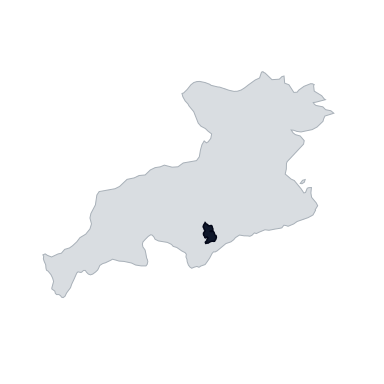 Janggang, Chagang-do, North Korea (highlighted), rotated 197°
{"feature_id": "82179303B52063530776064", "entity_name": "Janggang", "entity_type": "district", "adm_level": 2, "iso_a3": "PRK", "parent_name": "North Korea", "parent_adm1": "Chagang-do", "projection": "albers", "projection_center": [126.732, 41.061], "detail": "fine", "context": "in_parent", "style": "filled", "palette": "ink", "viewbox_px": 384, "rotation_deg": 197, "n_neighbors": 0, "source": "geoboundaries", "source_scale": "gbopen_adm2", "svg_char_len": 4367}
<svg xmlns="http://www.w3.org/2000/svg" viewBox="0 0 384 384"><g transform="rotate(197 192 192)"><path d="M230.4,283.3L229.0,284.2L226.6,288.6L224.4,294.2L222.3,297.2L219.7,299.0L217.0,300.0L211.5,300.5L206.6,300.2L204.9,299.6L198.1,300.0L196.2,300.4L186.4,300.1L181.3,300.5L178.1,301.6L174.8,303.9L171.9,307.3L169.4,310.9L164.3,317.6L160.7,320.8L160.6,325.5L160.6,326.9L159.3,327.9L158.9,327.4L156.8,327.1L148.4,322.8L141.5,325.4L139.7,328.7L137.9,329.8L135.2,323.2L130.7,322.9L123.7,317.0L120.6,318.2L119.8,320.5L115.8,325.8L110.3,330.2L108.5,330.7L106.5,330.4L106.8,329.2L104.6,324.2L96.1,322.0L93.0,319.8L91.4,319.3L100.0,314.0L102.2,313.0L100.6,311.7L98.8,311.0L91.8,311.7L88.3,309.8L83.0,310.3L79.4,308.8L87.1,303.5L87.5,300.3L87.4,297.9L91.4,290.7L95.3,286.8L105.3,281.3L109.6,280.6L112.7,280.8L115.3,280.3L112.6,278.1L110.0,277.1L104.9,277.2L99.7,273.9L99.3,270.4L109.9,248.8L110.0,246.9L108.5,241.5L108.1,236.4L100.9,233.3L97.6,232.9L88.4,226.8L84.8,223.8L83.3,224.7L82.9,229.3L81.6,230.3L79.1,231.2L78.0,225.8L76.1,221.9L70.0,217.9L67.8,215.6L69.0,211.0L68.5,210.6L69.6,205.4L73.5,201.4L82.9,194.5L85.4,191.2L90.1,187.3L92.2,187.4L94.4,187.1L95.1,185.4L95.6,184.0L97.5,182.9L102.0,180.7L107.2,177.9L111.2,177.2L116.3,173.0L118.3,171.1L120.4,171.1L120.9,170.2L122.1,168.0L123.7,166.6L125.9,166.3L129.5,165.3L134.0,164.7L137.1,161.1L138.2,158.5L140.2,155.7L144.5,152.6L147.5,148.0L150.8,143.0L152.4,141.4L153.9,141.1L154.8,139.2L155.8,133.9L157.4,128.8L158.3,126.4L162.0,123.7L162.9,122.4L163.8,122.0L165.5,122.3L167.8,120.8L170.0,119.0L172.0,119.6L174.1,121.1L176.2,123.9L177.2,126.2L178.8,128.1L179.2,130.8L180.9,132.0L184.4,132.6L190.3,134.5L194.1,134.5L196.3,135.9L200.8,136.6L209.8,135.4L213.5,136.0L215.1,137.7L217.4,139.1L218.9,139.1L220.9,136.7L222.9,132.9L224.3,129.9L224.2,127.6L222.9,125.1L219.9,122.8L217.9,119.2L216.0,115.5L214.9,114.3L213.9,112.5L213.7,109.8L214.4,107.9L218.8,106.5L224.5,105.7L229.2,106.4L236.9,105.7L241.6,104.6L245.1,104.6L248.4,104.5L249.8,102.9L254.2,98.9L256.4,97.5L258.7,94.8L259.0,92.1L259.4,89.9L260.7,87.5L262.9,84.5L264.9,83.1L267.1,83.2L269.5,84.5L271.1,85.8L272.8,85.3L274.1,83.0L275.0,82.5L277.7,82.3L278.5,80.8L279.3,74.1L280.1,68.7L280.2,65.0L282.4,58.8L283.0,55.1L284.4,53.3L286.0,53.3L287.4,54.4L289.2,55.0L291.5,54.3L293.1,55.2L294.2,57.1L297.7,58.3L298.0,59.3L298.2,66.0L300.2,69.0L302.8,71.8L306.4,74.2L308.3,74.7L309.4,76.5L310.6,79.6L313.2,82.6L314.6,84.7L315.0,87.1L316.2,88.3L314.3,89.9L311.6,89.1L307.3,88.8L302.0,93.6L299.0,95.3L297.0,99.9L292.8,102.7L290.5,105.7L287.6,110.7L285.8,115.6L281.3,120.6L278.8,126.8L278.8,132.1L282.0,137.3L282.4,141.9L280.6,151.4L282.1,161.3L280.9,165.3L266.6,172.6L262.9,176.1L257.8,185.1L251.4,188.6L247.4,192.3L241.8,194.6L238.3,200.9L234.4,204.5L229.7,206.8L226.3,209.6L218.3,209.9L212.8,212.0L208.9,217.2L196.9,223.3L195.3,227.8L196.2,234.8L196.3,240.1L195.3,244.4L192.6,243.2L191.2,244.7L189.7,248.7L190.2,253.3L194.3,254.8L197.8,256.6L202.6,257.5L206.1,259.6L213.8,269.3L220.0,273.4L221.6,275.0L225.2,277.1L228.6,280.4L230.4,283.3ZM89.7,235.5L87.4,237.0L87.4,234.3L89.2,232.1L91.0,231.8L89.7,235.5Z" fill="#d9dde1" stroke="#a8b0b8" stroke-width="1"/><path d="M163.7,146.8L163.2,147.3L162.7,147.5L162.2,147.7L161.7,147.8L161.4,148.1L160.9,148.8L160.3,149.4L159.6,150.1L158.9,150.5L158.3,150.8L157.4,151.1L156.9,151.1L156.0,151.5L155.9,151.8L155.9,152.0L155.8,152.8L155.5,153.2L155.4,154.2L155.4,154.9L155.4,155.7L155.6,156.2L155.9,156.8L156.4,157.4L156.9,157.4L157.5,157.6L157.9,158.0L158.2,158.5L158.9,159.6L159.6,160.2L160.3,160.8L160.6,160.5L161.1,160.2L161.9,159.9L162.8,159.6L163.1,159.8L163.0,160.0L162.5,160.5L161.8,160.8L161.2,161.0L160.9,161.3L161.1,162.3L161.2,162.8L161.9,163.6L162.3,164.3L162.8,165.1L163.3,165.5L164.0,165.6L164.8,165.0L165.4,164.8L166.1,164.5L166.7,164.6L167.3,165.3L167.9,165.5L168.4,165.5L169.0,165.5L169.5,166.0L170.5,166.6L170.6,166.0L170.9,164.9L171.2,163.8L171.2,162.5L171.2,162.2L170.8,161.5L170.1,160.9L169.6,160.1L169.0,159.4L168.3,159.1L168.1,158.4L168.5,157.7L168.7,157.0L169.0,156.0L168.6,154.8L168.1,154.0L167.5,153.6L167.1,153.3L166.5,152.7L166.5,152.3L165.9,152.0L165.2,152.3L165.0,153.0L164.7,153.3L164.0,153.2L163.5,152.9L163.3,152.6L163.5,151.8L163.6,151.2L163.8,150.6L163.5,150.2L163.4,149.9L164.0,149.2L164.6,147.9L164.3,147.4L163.8,146.8L163.7,146.8Z" fill="#0f172a" stroke="#020617" stroke-width="1.5"/></g></svg>